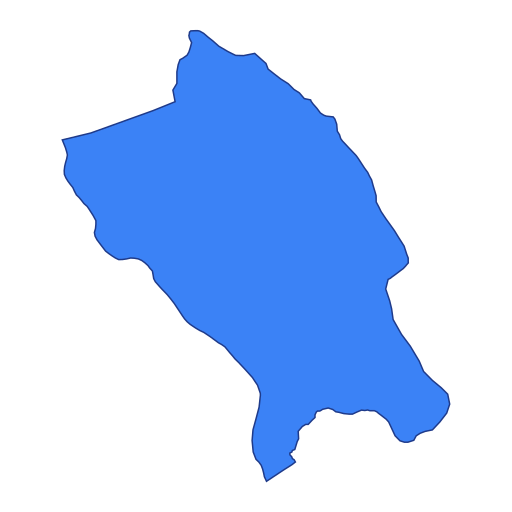 outline of Xayphoothong, Savannakhét, Laos
{"feature_id": "54806243B80767168472934", "entity_name": "Xayphoothong", "entity_type": "district", "adm_level": 2, "iso_a3": "LAO", "parent_name": "Laos", "parent_adm1": "Savannakhét", "projection": "orthographic", "projection_center": [105.02, 16.341], "detail": "fine", "context": "isolated", "style": "filled", "palette": "blue", "viewbox_px": 512, "rotation_deg": 0, "n_neighbors": 0, "source": "geoboundaries", "source_scale": "gbopen_adm2", "svg_char_len": 3029}
<svg xmlns="http://www.w3.org/2000/svg" viewBox="0 0 512 512"><path d="M254.7,53.4L243.6,55.6L235.7,55.4L232.8,54.0L228.0,51.6L218.8,46.2L213.4,41.4L213.2,41.2L207.9,37.0L203.6,33.3L199.7,31.1L197.9,30.7L195.0,30.7L190.8,30.9L189.5,32.1L189.3,33.9L188.9,35.5L189.4,38.1L191.6,42.6L190.3,47.6L188.9,52.0L187.1,55.2L182.7,58.3L180.0,59.7L178.2,64.6L176.9,71.8L176.9,77.6L176.9,83.4L172.9,90.1L175.1,101.7L153.1,110.6L90.8,133.0L62.3,139.9L65.4,147.6L66.8,152.2L67.4,155.0L66.7,158.7L65.6,162.5L64.7,166.4L64.2,170.6L64.4,174.4L65.9,177.9L68.0,181.3L70.3,184.4L72.8,187.5L74.4,191.1L76.4,194.9L79.1,197.5L81.6,200.5L84.0,203.6L87.2,206.4L88.7,208.6L93.0,215.3L95.9,220.6L95.9,224.3L95.5,228.5L94.4,232.5L95.1,236.2L97.0,239.8L101.3,245.5L105.6,251.1L108.7,253.5L111.8,255.7L115.2,257.9L118.7,259.6L122.5,259.5L126.6,258.9L130.6,258.0L134.2,258.2L138.3,258.9L141.8,260.5L144.8,262.7L147.9,265.5L148.0,265.6L149.6,267.9L152.4,271.0L153.1,274.9L153.7,278.6L155.3,281.7L159.6,286.6L161.8,289.0L167.3,294.7L171.2,299.5L174.2,303.4L177.0,307.6L182.7,316.2L184.6,318.9L187.1,321.7L190.1,324.3L193.2,326.4L195.6,328.0L199.8,330.5L203.8,332.4L209.7,336.3L218.5,342.8L221.6,344.5L224.9,346.8L230.1,353.1L232.5,355.8L234.9,358.8L239.4,363.2L239.6,363.5L245.5,369.8L252.5,377.6L254.7,381.0L257.5,385.1L260.3,393.2L260.4,395.2L259.1,407.1L256.1,418.5L254.1,425.8L253.0,429.8L252.1,440.5L253.2,452.0L256.0,459.3L258.9,462.1L261.2,465.3L262.6,469.0L263.6,472.9L264.4,476.8L266.5,481.3L283.7,469.9L292.2,464.5L295.4,462.0L294.1,459.7L292.4,458.6L291.7,456.7L289.9,454.8L289.8,453.1L291.9,452.0L292.3,450.5L294.8,449.5L297.2,441.6L298.6,438.8L298.2,431.3L302.3,426.5L305.7,424.4L308.2,424.4L312.1,420.2L315.0,417.5L315.0,414.8L316.4,411.9L317.6,411.0L319.2,411.1L320.3,410.8L322.6,409.3L328.2,408.0L332.8,409.5L335.8,411.8L338.9,412.3L343.8,413.6L349.0,414.1L352.5,414.1L357.0,412.0L361.5,410.1L364.8,410.5L367.6,410.0L369.8,410.7L374.4,410.7L376.8,411.8L378.5,413.3L380.8,415.0L386.2,419.2L388.7,422.0L395.1,435.8L400.0,440.8L404.4,442.2L407.9,442.2L413.8,440.3L416.2,435.8L420.1,433.3L425.1,431.4L427.5,430.9L432.4,429.9L439.8,422.0L446.7,413.1L449.7,404.1L447.7,394.2L441.3,387.8L432.4,380.4L423.6,371.5L419.2,361.1L410.3,346.2L401.5,334.4L393.1,319.5L391.6,308.8L389.7,300.9L385.7,289.0L388.1,279.4L390.3,278.3L391.9,277.0L394.4,275.2L395.9,274.1L398.8,271.9L400.5,270.6L401.7,269.7L403.2,268.6L405.3,266.4L406.0,265.6L406.1,265.4L408.3,262.9L408.2,261.5L408.2,258.0L406.7,254.2L404.1,246.1L398.2,236.8L394.4,230.6L385.7,218.5L381.1,211.6L378.8,206.9L376.2,202.0L376.1,195.7L375.2,192.5L373.1,185.5L371.6,179.9L369.4,176.0L367.7,172.4L364.5,168.1L358.4,158.7L357.2,157.0L356.1,155.5L348.5,147.5L346.2,145.0L342.5,141.1L340.7,138.6L339.5,134.7L337.3,131.2L336.7,124.2L334.9,119.1L333.2,116.9L326.2,116.1L323.8,115.2L322.7,114.5L320.4,113.0L316.9,108.3L313.0,103.9L311.2,101.4L310.6,99.9L304.3,98.6L299.4,92.9L293.9,89.4L288.3,83.8L280.6,78.9L274.3,74.0L268.1,69.1L266.0,63.5L254.7,53.4Z" fill="#3b82f6" stroke="#1e3a8a" stroke-width="1.5"/></svg>